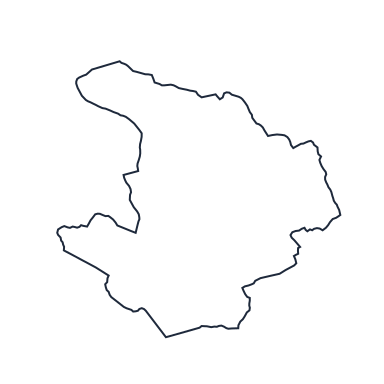 the district of Iguatu, Ceará, Brazil, rotated 258°
{"feature_id": "56859067B45961762145701", "entity_name": "Iguatu", "entity_type": "district", "adm_level": 2, "iso_a3": "BRA", "parent_name": "Brazil", "parent_adm1": "Ceará", "projection": "robinson", "projection_center": [-39.268, -6.353], "detail": "fine", "context": "isolated", "style": "outline", "palette": "slate", "viewbox_px": 384, "rotation_deg": 258, "n_neighbors": 0, "source": "geoboundaries", "source_scale": "gbopen_adm2", "svg_char_len": 3468}
<svg xmlns="http://www.w3.org/2000/svg" viewBox="0 0 384 384"><g transform="rotate(258 192 192)"><path d="M57.7,171.2L58.9,173.5L58.1,176.5L57.5,178.8L55.8,182.7L55.7,185.9L55.0,188.3L55.4,190.5L55.2,193.0L53.7,195.2L51.7,197.3L50.7,199.1L50.3,202.3L49.1,208.9L52.0,209.7L55.2,212.3L57.0,215.3L59.2,217.5L60.8,218.9L62.8,220.6L64.3,223.6L66.7,224.5L69.0,224.4L71.1,224.9L73.6,225.9L76.4,226.5L77.9,224.2L81.0,222.8L84.6,221.9L87.7,221.3L88.7,224.1L88.8,227.8L89.3,231.2L89.8,233.4L92.0,235.4L93.5,241.1L93.7,251.6L93.8,260.7L96.2,267.3L98.9,276.6L100.6,279.2L104.6,279.1L108.2,278.4L109.0,280.8L109.5,283.0L112.4,283.4L115.1,284.1L115.8,286.3L123.5,282.1L126.6,280.0L129.4,279.4L131.8,281.8L132.3,285.3L132.0,288.7L133.2,291.7L133.6,294.6L131.3,295.3L129.6,296.7L130.9,299.6L129.6,301.6L130.6,303.7L130.7,306.7L129.7,309.3L127.4,311.8L129.2,315.6L131.3,318.3L133.8,320.7L136.3,324.0L136.8,327.6L137.8,330.2L138.7,332.3L143.9,332.2L147.3,331.3L149.5,331.0L151.5,329.8L154.0,328.9L156.3,328.8L159.0,328.5L163.0,328.3L165.7,327.7L168.2,326.5L171.4,325.9L173.4,325.3L176.4,324.8L179.0,325.3L181.4,327.0L183.9,326.9L187.0,325.4L190.4,324.2L194.0,323.5L196.9,323.3L199.9,325.6L202.7,323.5L205.6,323.4L209.5,324.0L212.9,321.1L215.2,320.7L217.3,318.9L217.3,316.4L216.8,313.6L216.2,311.1L216.5,308.6L215.6,305.7L214.7,302.6L213.9,300.2L217.3,298.6L220.5,298.5L223.1,298.0L225.9,296.7L228.2,294.3L229.2,291.7L230.6,287.1L231.0,282.3L231.0,278.0L237.1,275.7L240.4,274.7L242.7,273.2L244.4,271.5L245.6,269.3L249.1,267.7L252.0,266.4L255.1,266.6L258.1,265.2L261.7,264.5L264.7,264.0L268.6,262.4L272.3,260.6L274.0,259.3L275.5,257.4L278.9,251.2L281.4,249.2L282.3,246.5L281.8,243.9L278.1,241.7L276.9,238.5L280.6,236.4L282.6,235.4L282.6,227.6L282.6,221.1L285.8,218.1L289.3,216.7L290.6,213.9L291.5,211.3L293.1,208.2L294.8,204.2L296.4,200.7L298.8,198.0L300.2,196.2L301.4,193.6L302.1,187.1L302.6,184.7L304.4,182.7L306.9,178.2L310.9,177.7L314.8,177.0L316.1,173.9L316.9,170.7L318.7,167.3L321.1,162.7L322.6,159.5L328.4,155.6L330.1,154.2L331.4,152.5L333.0,149.8L334.9,148.4L332.6,119.6L328.8,112.9L328.4,109.9L327.4,105.4L326.4,103.2L324.2,101.8L322.2,101.3L320.1,101.5L317.6,101.8L309.0,104.3L304.1,107.3L302.3,109.2L300.9,111.3L298.9,113.8L297.2,116.0L295.5,118.0L292.7,121.8L291.5,124.8L288.6,129.1L286.5,131.9L284.0,136.0L281.9,138.0L280.9,140.5L279.3,142.9L276.3,145.6L271.0,149.7L263.8,153.3L259.9,155.0L256.4,154.2L252.5,152.6L249.7,151.2L246.4,150.2L244.1,150.1L240.5,149.4L237.5,148.3L234.0,146.4L231.2,144.7L228.8,143.9L226.3,143.9L223.7,143.7L222.9,128.6L220.0,128.6L217.2,129.1L214.8,129.7L211.0,131.7L207.6,132.5L204.4,132.3L202.1,130.8L197.2,129.5L189.2,131.9L184.4,134.3L181.3,135.3L178.3,135.2L176.3,134.9L174.5,133.6L171.1,131.9L163.8,128.4L166.4,124.4L174.8,112.0L178.0,110.9L181.5,109.1L184.3,106.8L186.0,105.2L186.4,102.3L188.1,99.8L189.8,97.4L190.4,95.3L190.3,92.7L187.6,89.6L185.4,86.9L182.2,84.2L180.0,82.2L181.5,78.6L182.6,76.6L181.3,74.7L181.0,72.2L182.1,70.1L183.0,68.1L182.3,65.2L183.2,63.1L185.2,60.0L184.7,57.2L183.2,53.2L180.1,51.7L177.9,52.1L174.8,54.0L171.7,53.9L169.7,55.0L167.4,55.0L165.0,55.5L161.5,54.5L156.2,60.9L147.3,71.4L145.4,73.7L138.2,82.2L127.6,93.1L125.2,91.4L121.5,90.3L119.8,87.9L116.7,87.9L113.8,88.2L111.7,89.7L108.5,90.1L106.0,91.2L93.8,101.4L91.9,103.8L90.6,106.0L89.3,108.2L87.3,109.6L87.0,112.2L87.1,114.4L88.5,116.2L88.8,118.7L87.5,120.7L85.5,122.1L55.4,136.3L55.6,139.9L57.7,171.2Z" fill="none" stroke="#1e293b" stroke-width="2"/></g></svg>